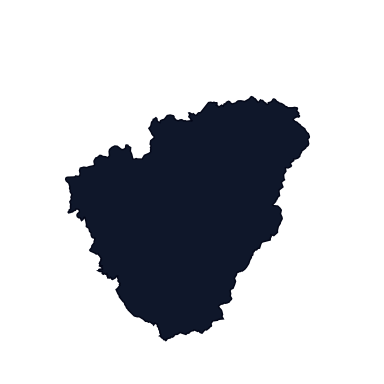 Na Thawi, Songkhla, Thailand, rotated 220°
{"feature_id": "78962969B50866975427255", "entity_name": "Na Thawi", "entity_type": "district", "adm_level": 2, "iso_a3": "THA", "parent_name": "Thailand", "parent_adm1": "Songkhla", "projection": "albers", "projection_center": [100.679, 6.621], "detail": "fine", "context": "isolated", "style": "filled", "palette": "ink", "viewbox_px": 384, "rotation_deg": 220, "n_neighbors": 0, "source": "geoboundaries", "source_scale": "gbopen_adm2", "svg_char_len": 5974}
<svg xmlns="http://www.w3.org/2000/svg" viewBox="0 0 384 384"><g transform="rotate(220 192 192)"><path d="M124.2,61.0L123.4,61.3L122.5,61.0L121.1,60.9L120.3,61.2L118.7,60.8L118.0,61.4L116.6,61.3L116.4,61.8L116.9,62.6L116.5,62.9L116.7,63.8L114.7,66.5L115.0,67.4L113.6,68.4L113.3,70.2L113.7,71.2L112.9,72.5L111.7,73.6L111.1,75.7L111.1,76.6L105.1,79.0L104.9,80.8L103.7,81.9L103.9,83.3L103.4,84.0L103.2,85.2L101.8,86.7L101.8,87.8L98.0,88.9L97.7,90.1L95.6,89.6L93.6,90.3L93.6,94.7L92.1,95.8L92.0,97.3L91.5,98.1L91.7,99.7L91.0,101.7L91.5,102.4L92.9,103.2L93.3,106.5L90.0,110.2L90.0,111.0L89.0,112.4L86.5,114.9L89.3,116.0L89.8,117.7L92.7,119.9L94.2,120.5L96.5,120.7L98.2,121.5L98.3,122.2L97.8,124.6L96.4,126.1L96.3,127.4L95.1,128.1L93.9,129.5L92.8,131.8L93.1,133.1L92.8,135.0L93.2,135.9L95.8,136.8L97.1,139.0L99.4,140.8L99.7,142.7L98.7,144.6L100.0,148.6L101.3,151.6L104.2,153.2L104.7,156.8L105.7,158.9L105.7,159.9L104.9,160.5L104.8,161.4L103.9,162.1L103.5,163.3L102.7,163.8L102.0,166.8L102.0,169.4L102.6,173.7L104.0,177.1L104.4,179.9L105.3,180.6L105.0,182.8L106.5,185.0L106.2,186.2L106.6,187.7L105.3,189.3L105.4,191.0L104.2,192.4L106.0,196.7L106.2,198.0L105.9,199.1L101.3,205.5L102.4,207.0L102.8,208.9L104.1,210.1L101.3,211.2L100.6,216.0L102.0,217.6L103.8,221.1L104.2,224.5L104.9,225.8L105.7,229.4L106.9,230.5L110.2,232.1L112.0,235.5L114.1,236.1L117.3,236.3L120.9,233.8L122.1,233.9L121.8,238.5L122.5,239.4L122.2,240.4L123.0,243.2L122.6,245.4L126.0,248.5L126.6,249.6L125.6,254.3L129.6,256.6L129.7,258.3L129.0,260.8L130.3,261.4L133.1,264.2L133.4,268.2L136.0,270.4L135.8,271.0L133.8,272.3L132.6,275.1L132.7,276.0L134.7,276.9L135.3,277.8L134.3,281.4L135.4,282.7L134.1,283.8L132.7,286.1L132.4,288.6L133.3,290.0L133.9,293.3L134.4,294.3L133.8,295.8L133.3,298.7L133.6,299.9L133.0,302.2L133.6,303.9L137.1,306.7L137.4,307.2L137.2,309.0L137.8,309.9L140.4,311.5L142.2,311.4L145.0,312.2L146.2,312.9L150.9,312.5L152.6,313.0L154.1,312.7L156.6,312.9L158.3,312.2L161.1,312.4L161.3,314.0L160.8,315.0L160.8,316.1L160.0,316.7L159.4,317.7L158.4,318.0L158.4,319.1L158.8,319.5L160.7,319.7L160.7,320.8L161.1,321.1L163.7,321.3L164.5,322.5L164.7,323.5L165.6,324.0L167.8,322.7L169.3,320.9L172.8,318.0L174.2,318.2L175.4,317.5L177.3,317.7L180.2,317.3L182.5,316.1L183.3,316.3L185.4,315.8L187.6,316.3L189.1,315.9L189.5,315.0L189.1,313.5L189.5,311.3L190.9,309.5L190.1,308.6L190.6,307.4L191.6,307.1L192.5,307.5L194.2,307.1L196.7,307.5L197.7,306.7L198.7,306.6L198.7,303.8L199.3,303.1L203.5,304.0L204.5,303.6L206.1,303.8L207.7,303.3L208.1,302.2L207.8,301.0L208.1,299.6L209.8,295.1L213.1,293.3L215.2,291.4L215.7,289.5L215.6,288.5L217.8,285.2L220.2,284.9L221.2,285.4L222.4,284.9L223.3,282.7L222.7,281.0L223.6,280.6L223.9,280.1L223.2,277.8L225.1,277.6L226.0,274.3L226.4,274.1L227.5,274.5L229.1,274.0L229.3,275.4L230.4,276.3L231.5,275.3L232.9,274.8L233.5,273.6L235.3,272.8L236.8,271.1L236.4,258.9L236.6,258.0L237.7,257.1L238.0,256.1L237.9,253.7L238.3,253.2L239.3,252.8L241.4,252.8L241.8,251.6L244.7,251.1L245.2,250.5L243.1,249.6L243.0,247.9L242.5,247.5L241.0,247.7L240.3,247.1L237.8,246.6L237.8,246.3L238.9,245.6L241.7,242.6L243.1,242.2L243.9,241.1L246.3,240.8L247.5,239.5L248.2,237.8L249.6,237.1L251.1,236.7L252.4,237.2L253.6,237.2L254.3,238.2L255.2,238.4L258.2,236.9L260.1,234.6L259.9,229.9L261.2,228.0L261.9,226.4L261.2,224.5L262.7,224.0L264.3,224.0L266.1,225.6L267.4,225.7L267.8,223.8L268.4,222.7L267.7,221.9L267.8,219.5L266.1,216.5L265.8,215.0L266.0,213.1L261.3,211.5L260.0,210.7L258.1,210.3L257.0,210.4L256.5,210.1L255.8,209.0L256.6,204.8L254.7,201.7L253.4,201.4L252.7,200.8L252.4,199.4L251.1,198.6L250.7,197.5L249.5,196.4L249.4,195.3L249.8,193.9L252.0,189.5L251.3,185.1L255.1,182.1L256.3,181.7L256.8,180.5L257.7,179.6L258.7,179.3L262.6,182.2L265.5,183.6L267.6,186.6L270.0,186.1L271.2,186.6L272.3,186.0L272.7,185.4L271.0,182.6L272.1,180.1L273.5,179.2L278.6,179.0L280.7,177.6L282.0,174.7L282.4,171.6L281.5,169.8L278.5,166.8L278.5,164.2L280.9,163.4L283.1,161.9L285.2,161.5L286.2,160.7L286.6,157.7L287.6,156.2L287.1,153.1L286.5,152.2L284.5,150.7L284.1,150.0L284.1,149.0L287.1,145.2L288.3,143.0L290.8,141.5L292.9,138.5L292.0,136.2L289.3,134.1L288.6,132.4L288.6,131.7L289.3,130.7L291.4,129.5L291.5,128.1L296.9,123.2L297.4,122.4L297.5,121.5L296.8,120.4L295.4,119.7L292.0,119.6L288.7,117.4L288.3,116.3L286.1,114.9L285.5,113.9L282.3,112.9L281.4,110.2L280.2,109.5L279.6,108.4L279.3,106.0L276.8,104.5L276.1,103.1L274.4,101.4L274.1,100.5L274.5,99.3L273.9,98.4L274.0,97.2L273.7,96.8L273.1,96.7L271.6,98.7L271.4,99.7L270.7,100.0L270.6,101.5L269.6,103.1L269.9,104.3L268.9,105.4L266.9,105.8L265.4,104.3L265.2,104.0L265.7,102.3L265.6,101.0L265.0,100.1L263.9,99.4L262.2,99.5L260.9,100.4L258.3,99.1L257.9,100.5L258.3,103.3L257.8,103.6L254.9,101.8L252.0,99.4L250.7,97.6L247.6,98.0L245.1,96.0L243.1,95.9L241.5,94.2L239.9,93.2L238.7,93.2L236.7,94.1L235.7,92.7L235.3,91.4L234.2,90.1L234.1,86.5L233.1,85.0L233.0,81.8L231.9,81.5L227.4,82.8L225.6,82.9L224.6,83.7L224.4,84.5L223.1,83.8L222.1,83.8L218.6,82.7L218.6,82.1L218.0,81.9L218.1,81.4L217.8,81.3L217.4,78.8L216.9,78.4L217.1,77.8L215.7,77.2L215.4,75.9L214.4,76.1L214.2,77.2L213.5,77.6L213.4,76.4L211.8,76.2L210.9,75.3L212.2,74.6L212.6,73.5L213.3,73.3L213.5,72.7L212.9,71.9L213.3,71.4L211.8,71.7L209.8,73.1L208.7,72.6L208.4,72.0L207.9,72.3L207.8,71.9L207.3,71.9L206.9,72.1L206.7,73.3L205.5,73.4L204.8,73.8L204.8,74.7L203.8,74.1L203.2,74.1L203.2,73.1L202.0,72.9L201.4,72.1L199.5,73.4L199.5,74.4L198.9,74.2L198.5,74.5L197.4,73.7L196.7,73.9L195.6,76.9L195.8,79.0L194.9,79.8L194.5,78.9L191.8,77.4L191.6,76.3L188.5,75.8L188.1,75.6L188.2,74.6L187.2,74.3L187.0,70.1L187.4,68.5L183.2,66.5L180.3,65.7L180.3,65.0L174.3,63.8L172.8,63.9L170.9,62.5L169.6,62.3L167.6,61.2L165.9,61.1L165.2,60.7L156.6,60.0L153.7,61.3L152.3,62.6L147.5,63.3L144.5,63.1L143.2,64.1L141.5,64.4L140.8,65.6L138.3,65.6L137.6,65.9L135.9,65.4L136.2,67.8L134.2,68.1L133.4,68.6L132.3,67.0L130.1,66.5L129.1,65.5L127.6,65.0L126.0,63.4L124.3,62.8L123.9,62.1L124.2,61.0Z" fill="#0f172a" stroke="#020617" stroke-width="1.5"/></g></svg>